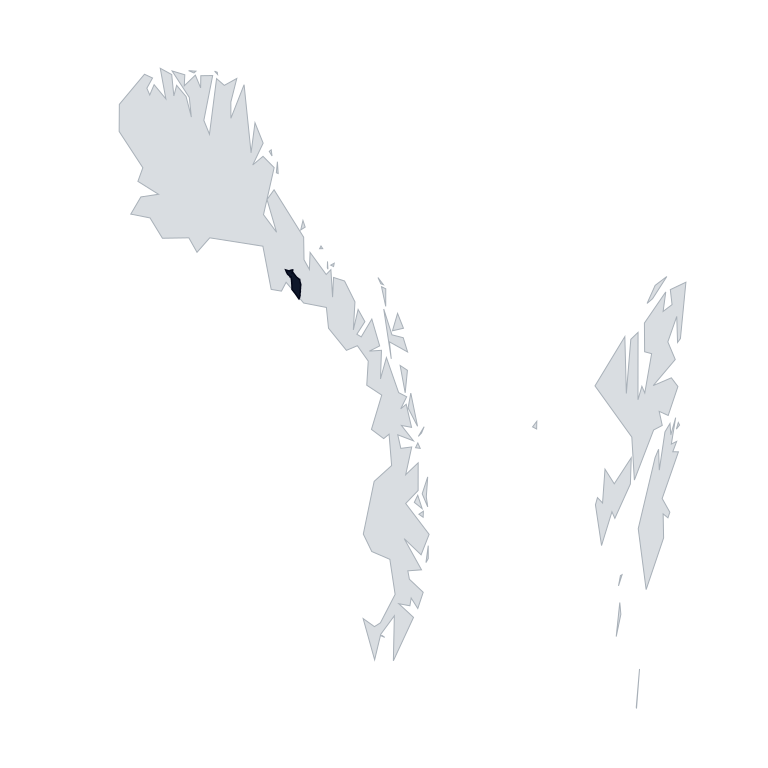 Raarvihke sma 1, Nord-Trøndelag, Norway shown in context, rotated 98°
{"feature_id": "86288312B41208068814146", "entity_name": "Raarvihke sma 1", "entity_type": "district", "adm_level": 2, "iso_a3": "NOR", "parent_name": "Norway", "parent_adm1": "Nord-Trøndelag", "projection": "natural_earth1", "projection_center": [13.659, 64.821], "detail": "fine", "context": "in_parent", "style": "filled", "palette": "ink", "viewbox_px": 768, "rotation_deg": 98, "n_neighbors": 0, "source": "geoboundaries", "source_scale": "gbopen_adm2", "svg_char_len": 5725}
<svg xmlns="http://www.w3.org/2000/svg" viewBox="0 0 768 768"><g transform="rotate(98 384 384)"><path d="M463.7,365.1L433.0,372.0L438.1,376.7L430.7,390.1L395.3,384.7L387.6,400.9L363.5,402.8L349.8,415.7L355.9,425.9L336.5,446.7L316.2,451.7L315.0,474.8L296.9,495.1L306.3,498.5L306.0,508.9L264.4,523.1L263.5,576.9L279.6,587.5L266.4,597.6L270.5,623.7L252.1,638.8L251.0,658.4L232.6,650.8L227.5,633.7L217.6,655.9L203.4,652.9L170.8,681.4L143.9,685.0L110.6,664.3L113.2,655.8L124.1,660.0L130.4,656.2L119.6,653.3L132.0,639.7L102.5,649.5L107.1,637.3L128.0,632.2L117.1,630.9L126.9,620.0L146.5,611.9L127.3,616.7L103.5,637.4L105.5,624.3L116.5,623.3L104.4,613.8L116.3,606.8L104.2,608.3L102.4,596.6L148.0,599.1L161.0,591.6L104.9,592.3L110.5,583.7L101.9,572.3L126.1,574.9L142.2,572.6L107.1,564.2L173.6,547.8L143.3,548.1L162.3,537.2L185.4,544.5L175.4,535.5L185.0,522.9L233.1,526.9L248.7,511.5L217.6,525.5L207.0,519.9L249.8,484.0L272.1,480.5L281.0,473.8L264.0,475.5L283.6,456.5L278.2,452.5L305.2,447.0L285.5,448.8L287.5,437.4L306.7,424.2L334.7,421.9L313.8,420.0L324.9,411.6L338.5,417.8L340.5,413.1L321.4,405.1L346.9,393.6L353.5,403.1L351.0,391.2L379.5,388.2L357.5,385.3L390.5,368.3L393.5,359.8L406.3,364.0L401.0,359.2L423.1,350.7L422.6,361.0L436.2,346.9L432.4,363.3L445.4,358.4L442.5,347.8L470.8,349.9L457.3,339.2L484.7,335.4L499.3,345.9L526.6,318.4L548.0,323.5L534.3,342.5L562.8,321.0L565.7,334.4L573.8,331.7L584.8,316.2L601.6,319.3L592.2,327.3L600.0,327.5L599.5,338.8L611.0,322.3L656.8,336.2L612.1,341.5L632.3,352.4L658.4,354.9L619.2,372.0L625.6,359.7L621.0,354.3L590.8,343.7L556.8,353.8L551.6,372.8L535.5,383.6L481.8,380.2L463.7,365.1ZM345.6,92.6L375.6,98.2L372.8,107.7L386.3,102.7L392.0,110.6L444.3,122.7L402.1,131.2L356.5,174.8L303.6,152.1L359.7,142.7L305.4,145.8L297.5,139.6L364.3,130.3L350.4,128.3L356.6,124.5L316.7,123.2L315.8,130.4L287.4,134.6L253.6,117.8L273.3,117.7L265.3,109.8L250.7,113.6L241.2,99.2L297.8,96.8L302.0,99.1L276.3,103.5L302.8,108.8L319.2,99.0L348.1,117.2L337.9,100.3L345.6,92.6ZM410.2,83.0L458.7,92.6L471.2,83.1L477.0,84.2L473.8,89.5L497.5,85.7L551.1,95.8L491.9,112.1L419.1,105.3L410.4,103.0L431.0,99.4L392.3,99.1L383.3,95.3L394.4,92.9L376.7,90.5L403.5,91.1L400.1,86.2L410.9,88.6L410.2,83.0ZM448.7,126.1L484.9,136.7L478.8,140.5L513.7,146.1L474.2,157.8L466.8,156.8L471.4,151.0L437.6,153.3L450.8,142.1L422.6,128.9L448.7,126.1ZM341.5,384.5L358.1,380.3L309.8,394.7L334.2,383.0L335.5,371.4L349.0,365.1L341.5,384.5ZM367.2,362.7L389.8,361.8L363.4,370.6L367.2,362.7ZM389.3,356.2L421.2,344.9L404.4,356.8L389.3,356.2ZM238.2,118.9L262.1,129.9L267.6,134.7L248.6,129.2L238.2,118.9ZM326.1,372.5L330.1,383.0L312.2,380.4L326.1,372.5ZM499.6,323.6L487.4,330.9L469.9,327.8L489.9,326.4L499.6,323.6ZM502.1,328.9L497.0,337.5L489.5,335.1L502.1,328.9ZM289.5,395.5L306.9,393.1L288.0,400.0L289.5,395.5ZM669.0,89.2L630.6,91.3L670.2,88.8L669.0,89.2ZM579.1,117.4L601.8,118.9L567.6,120.1L579.1,117.4ZM537.9,317.7L550.7,315.9L555.0,317.6L537.9,317.7ZM510.5,326.7L508.1,331.3L504.5,327.3L510.5,326.7ZM442.7,339.2L442.7,343.9L437.7,342.3L442.7,339.2ZM407.3,226.6L405.8,230.9L399.7,227.5L407.3,226.6ZM551.3,123.7L540.8,123.2L539.7,121.7L551.3,123.7ZM239.6,483.9L243.0,487.9L233.4,487.0L239.6,483.9ZM420.7,338.3L427.3,340.0L431.1,342.7L420.7,338.3ZM383.5,85.6L388.0,88.2L381.2,87.2L383.5,85.6ZM189.8,520.0L178.7,520.5L190.3,518.1L189.8,520.0ZM173.8,526.6L169.6,530.0L167.8,528.3L173.8,526.6ZM285.2,401.1L279.4,404.8L285.7,398.5L285.2,401.1ZM102.4,615.5L100.9,621.1L100.4,613.8L102.4,615.5ZM273.7,453.3L271.3,450.1L274.7,450.3L273.7,453.3ZM634.8,348.0L633.8,351.7L633.2,351.1L634.8,348.0ZM276.8,456.3L270.5,457.0L278.1,455.5L276.8,456.3ZM258.5,463.5L259.0,466.6L256.1,465.6L258.5,463.5ZM100.6,591.9L97.8,595.3L98.5,592.5L100.6,591.9Z" fill="#d9dde1" stroke="#a8b0b8" stroke-width="1"/><path d="M303.1,488.3L303.2,488.2L304.1,487.3L304.7,486.6L304.9,486.4L305.2,486.2L305.6,485.7L305.8,485.5L306.2,485.0L306.6,484.7L306.9,484.4L307.4,483.9L308.4,483.0L308.9,482.5L309.0,482.4L309.3,482.2L309.5,482.0L309.8,481.7L310.7,480.9L311.6,480.0L311.4,479.9L311.0,480.1L310.9,480.0L310.8,479.9L310.7,479.9L310.4,479.8L310.2,479.9L310.1,479.7L309.9,479.6L309.7,479.6L309.3,479.6L309.2,479.6L308.8,479.6L308.7,479.6L308.4,479.5L308.3,479.4L308.2,479.4L307.9,479.5L307.7,479.5L307.4,479.6L307.2,479.6L306.9,479.7L306.7,479.7L306.6,479.8L306.4,479.8L306.2,479.8L305.9,479.9L305.7,479.8L305.4,479.8L305.1,479.7L304.9,479.7L304.6,479.7L304.3,479.7L304.2,479.7L303.9,479.7L303.6,479.8L303.4,479.8L303.2,479.9L303.1,480.0L302.9,480.0L302.7,480.0L302.4,480.0L302.1,480.0L301.9,480.0L301.6,480.0L301.4,480.0L301.2,480.0L300.9,480.0L300.7,480.0L300.4,480.1L300.2,480.1L299.9,480.2L299.7,480.2L299.4,480.2L299.2,480.2L298.9,480.2L298.7,480.2L298.4,480.2L298.2,480.2L297.9,480.2L297.7,480.2L297.4,480.3L297.2,480.3L296.7,480.3L296.4,480.6L296.1,480.8L295.5,480.9L294.5,481.4L292.1,482.1L292.1,482.7L291.8,483.0L291.0,484.3L290.4,485.4L289.6,486.3L288.9,486.9L288.6,487.3L288.3,487.6L287.8,488.1L286.9,489.0L286.5,489.4L286.7,490.4L286.0,490.3L285.8,490.3L285.4,490.2L284.7,490.2L284.4,490.2L283.7,490.3L283.8,490.7L283.8,490.8L283.9,491.0L284.0,491.2L284.0,491.3L284.1,491.5L284.2,491.8L284.3,492.0L284.4,492.3L284.6,492.8L285.3,493.3L284.7,497.3L286.6,496.2L287.3,495.8L287.5,495.6L287.9,495.3L288.0,495.2L288.5,494.9L288.9,494.4L289.3,493.8L289.4,493.6L290.0,492.7L290.3,492.4L290.7,492.1L291.1,491.9L291.0,491.3L290.9,491.0L291.5,490.9L292.5,490.5L293.1,490.3L293.5,490.2L293.8,490.1L294.0,490.0L294.2,489.9L294.4,489.9L294.6,489.9L294.8,489.9L296.7,489.4L296.9,489.4L297.1,489.4L297.3,489.3L297.5,489.3L297.7,489.2L297.8,489.2L298.0,489.1L298.4,489.1L298.6,489.0L298.9,489.0L299.2,488.9L300.5,488.7L303.1,488.3Z" fill="#0f172a" stroke="#020617" stroke-width="1.5"/></g></svg>